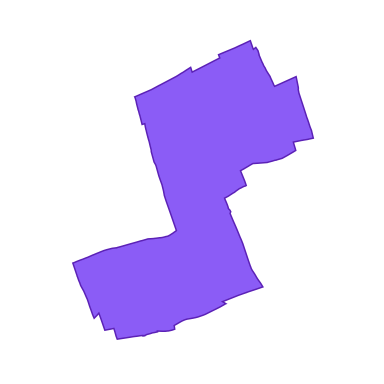 outline of Baneasa, Galati, Romania, rotated 71°
{"feature_id": "2599482B61447316542835", "entity_name": "Baneasa", "entity_type": "district", "adm_level": 2, "iso_a3": "ROU", "parent_name": "Romania", "parent_adm1": "Galati", "projection": "robinson", "projection_center": [27.977, 45.93], "detail": "fine", "context": "isolated", "style": "filled", "palette": "violet", "viewbox_px": 384, "rotation_deg": 71, "n_neighbors": 0, "source": "geoboundaries", "source_scale": "gbopen_adm2", "svg_char_len": 4488}
<svg xmlns="http://www.w3.org/2000/svg" viewBox="0 0 384 384"><g transform="rotate(71 192 192)"><path d="M310.1,292.5L310.3,291.7L310.4,291.2L310.9,288.6L310.9,288.3L311.1,287.5L311.7,285.1L312.2,285.2L312.5,283.7L312.3,283.7L312.2,282.8L312.3,282.3L312.0,281.5L312.3,277.8L312.3,275.3L312.4,274.7L312.7,273.0L313.0,270.1L312.2,270.0L314.2,264.9L314.6,263.7L314.7,263.3L315.0,262.5L315.3,261.0L315.7,259.5L315.8,258.6L315.9,257.8L316.1,255.9L316.1,253.5L316.1,253.0L312.4,252.3L310.9,244.5L310.7,243.2L310.6,242.0L310.5,240.6L310.5,239.5L310.6,237.9L311.2,234.4L311.6,231.8L311.7,230.9L311.9,229.5L312.1,227.1L312.1,224.8L312.1,221.7L312.0,219.5L311.8,217.8L311.0,211.8L309.8,202.7L308.6,196.5L308.6,196.4L305.6,198.8L305.2,190.3L304.8,181.8L304.7,170.7L304.8,163.3L304.8,155.9L301.1,156.7L300.3,156.9L296.0,158.2L293.4,158.8L291.7,159.1L289.8,159.5L287.8,160.0L286.0,160.5L283.7,160.9L282.0,160.9L280.8,161.0L274.0,161.0L257.3,160.8L253.2,161.0L249.9,161.3L249.2,161.3L248.1,161.4L247.5,161.4L242.4,161.7L239.4,161.9L237.0,162.1L232.2,162.5L230.6,162.6L224.6,163.0L224.5,162.9L223.3,161.8L221.9,162.0L220.9,162.3L220.2,162.7L219.5,162.9L219.1,163.0L218.4,162.8L215.5,162.8L212.2,163.0L209.7,163.2L208.4,163.2L207.8,159.2L206.5,154.1L206.1,151.9L205.4,150.0L205.0,148.7L204.3,146.3L204.2,145.5L204.0,143.6L203.8,142.8L203.6,140.7L203.7,139.6L203.7,139.4L203.5,138.6L198.9,138.6L191.8,139.0L188.1,139.2L187.8,139.3L187.7,139.3L186.8,134.5L185.8,129.6L185.7,129.4L185.0,125.7L184.9,125.4L184.9,125.1L185.1,124.5L186.2,120.4L188.5,111.6L188.6,111.1L188.6,110.1L188.9,106.2L189.0,103.3L189.1,102.8L189.2,102.3L189.3,102.0L189.2,101.7L189.5,96.1L189.5,95.9L189.4,95.2L188.5,90.1L186.5,80.4L185.8,80.4L185.6,80.3L183.6,80.2L183.3,80.2L183.1,80.2L181.3,80.1L180.9,80.1L179.0,80.0L177.8,79.9L178.9,71.5L179.1,70.6L179.1,70.2L179.9,65.6L180.1,63.6L180.6,59.8L173.5,59.1L172.6,59.0L171.3,59.1L168.3,59.2L164.1,59.1L160.7,59.1L158.2,59.2L156.9,59.1L146.9,58.9L139.4,58.8L133.9,58.7L133.3,58.7L131.3,58.4L130.5,58.3L129.4,58.1L129.2,57.9L128.3,57.6L127.4,57.4L116.8,56.0L117.9,67.8L119.0,79.5L116.9,79.9L115.8,79.9L111.8,80.3L109.9,80.5L108.0,80.6L106.0,81.1L103.9,81.6L101.8,82.1L100.3,82.3L99.6,82.4L98.8,82.4L98.5,82.5L97.2,82.8L95.8,83.1L94.0,83.2L93.9,83.2L91.9,83.5L84.5,84.0L84.4,84.0L84.1,84.0L83.9,83.8L79.8,83.6L76.9,84.4L76.1,84.6L77.1,87.5L76.5,87.6L76.0,87.6L74.4,87.6L72.3,87.6L69.6,87.6L68.1,87.6L67.9,87.6L68.8,95.7L69.2,100.1L69.7,104.6L70.4,115.9L70.8,122.2L74.3,122.1L75.1,127.8L76.7,138.7L78.7,152.8L76.9,152.8L74.5,152.7L73.7,152.7L75.1,158.5L75.9,161.4L76.2,163.2L76.4,164.1L76.6,164.9L77.0,166.5L77.2,167.3L77.8,170.2L77.8,170.6L77.9,171.0L80.5,187.8L80.5,188.1L82.0,197.2L82.6,205.0L83.4,215.2L84.0,215.1L84.5,215.1L86.4,215.2L88.2,215.3L89.5,215.5L91.2,215.7L93.6,215.9L95.2,216.0L96.8,216.2L97.7,216.1L100.2,216.3L101.4,216.4L102.7,216.4L105.0,216.6L107.4,216.8L109.7,217.0L111.9,217.2L112.0,214.4L115.8,215.0L117.6,215.2L119.4,215.3L119.9,215.4L122.3,215.6L124.6,215.8L125.1,215.8L125.7,215.8L125.8,215.9L126.8,215.9L127.2,216.0L130.4,216.1L135.2,216.6L138.9,216.9L140.7,217.4L151.3,218.1L154.5,217.5L156.1,217.5L162.6,217.9L165.9,218.1L169.7,218.1L175.4,218.0L181.9,218.6L186.3,219.3L191.9,219.4L204.0,219.3L223.4,219.3L224.0,221.1L224.2,221.9L224.5,222.8L224.7,223.5L225.5,226.7L225.8,228.4L225.9,229.2L225.8,229.7L225.8,230.1L225.7,230.7L225.6,231.3L225.6,232.3L225.5,233.3L225.4,234.4L225.1,236.2L224.8,237.2L224.1,240.7L223.7,242.4L223.4,243.9L222.4,247.5L222.0,249.0L221.9,251.5L221.8,253.3L221.7,255.2L221.5,256.9L221.5,257.6L221.4,260.0L221.2,263.5L221.1,265.1L221.0,266.7L220.8,270.4L220.7,272.4L220.6,274.2L220.4,277.8L220.2,280.3L220.2,280.9L220.3,281.3L220.2,281.4L219.4,285.2L219.3,285.7L219.2,286.5L219.1,287.9L218.8,291.4L218.7,294.5L218.9,298.9L219.0,300.0L219.0,300.8L219.2,304.1L219.3,305.2L219.3,306.2L219.8,312.0L219.8,313.7L220.0,316.9L220.0,319.2L220.1,322.1L220.1,322.3L220.2,324.3L220.3,325.0L220.4,326.4L220.4,327.8L220.7,327.8L233.5,327.9L234.4,328.0L234.9,327.9L235.5,327.9L235.8,327.9L238.8,327.9L240.0,327.8L241.3,327.7L244.0,327.7L245.5,327.5L250.5,326.6L257.3,326.1L259.2,325.9L262.6,325.9L267.0,326.0L271.5,325.9L273.3,325.9L273.6,325.9L275.0,325.9L275.7,325.9L276.5,325.8L277.5,325.8L278.2,325.7L279.5,325.6L277.8,322.2L276.2,319.5L282.8,319.4L286.5,319.4L294.3,319.4L295.6,310.3L298.9,310.4L302.2,310.6L303.5,310.7L306.8,310.6L309.0,298.5L309.7,294.4L310.0,293.0L310.1,292.5Z" fill="#8b5cf6" stroke="#5b21b6" stroke-width="1.5"/></g></svg>